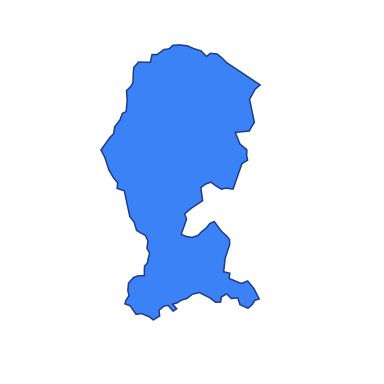 outline of Humaitá, Rio Grande do Sul, Brazil, rotated 297°
{"feature_id": "56859067B44026938864112", "entity_name": "Humaitá", "entity_type": "district", "adm_level": 2, "iso_a3": "BRA", "parent_name": "Brazil", "parent_adm1": "Rio Grande do Sul", "projection": "robinson", "projection_center": [-54.001, -27.586], "detail": "fine", "context": "isolated", "style": "filled", "palette": "blue", "viewbox_px": 384, "rotation_deg": 297, "n_neighbors": 0, "source": "geoboundaries", "source_scale": "gbopen_adm2", "svg_char_len": 1678}
<svg xmlns="http://www.w3.org/2000/svg" viewBox="0 0 384 384"><g transform="rotate(297 192 192)"><path d="M127.2,300.4L134.0,291.1L138.0,282.0L132.9,277.5L131.8,264.3L136.8,262.6L135.3,256.4L148.2,251.6L162.4,249.4L166.6,247.1L168.5,242.9L170.3,236.2L175.8,225.2L172.2,222.3L165.8,220.8L160.9,218.5L156.0,217.1L151.6,212.6L149.9,207.7L149.3,201.6L165.4,199.5L169.0,195.4L176.6,198.4L189.1,205.4L199.9,197.9L204.8,200.2L209.4,204.4L208.3,210.8L207.9,217.1L210.8,220.3L213.2,227.3L239.9,223.6L245.6,227.1L249.2,224.2L254.5,221.7L256.6,212.8L264.7,203.6L268.5,209.3L272.3,215.3L278.3,215.5L282.3,216.0L300.7,201.2L312.4,201.6L318.3,204.1L323.0,164.1L324.9,158.4L326.4,151.7L323.9,145.4L319.4,143.5L321.8,136.0L320.5,127.8L320.2,121.7L317.3,113.9L313.9,108.2L309.2,106.7L306.1,102.2L298.6,98.5L296.3,94.0L288.6,96.0L283.5,85.4L276.6,83.6L271.5,85.6L262.5,89.8L258.1,89.5L252.6,87.6L243.9,92.8L233.7,96.8L230.4,94.3L223.3,95.1L215.1,93.5L208.3,95.7L203.3,94.1L188.1,91.8L183.5,98.3L179.2,102.7L173.7,108.2L169.0,115.7L166.5,121.6L161.2,123.6L162.4,131.1L141.9,147.7L138.8,154.2L132.6,160.1L132.3,164.7L132.1,170.4L128.1,175.2L121.5,177.3L118.3,182.0L113.4,183.0L108.5,184.5L104.5,183.3L100.2,185.3L95.9,187.5L92.6,181.7L89.2,178.7L82.0,176.8L75.2,179.5L70.8,183.0L65.9,182.3L61.9,183.0L62.5,188.7L57.6,197.7L60.8,202.4L61.4,210.8L60.4,215.5L66.8,219.5L71.6,216.3L77.6,218.8L80.1,222.3L77.3,229.3L81.0,231.4L83.3,225.5L86.3,229.0L90.7,231.5L95.0,236.0L101.1,238.7L105.8,244.4L105.8,255.8L104.5,263.1L106.9,267.5L112.0,265.8L117.0,269.3L114.9,275.3L118.4,280.9L113.4,285.9L113.8,294.6L118.5,296.6L123.8,297.1L127.2,300.4Z" fill="#3b82f6" stroke="#1e3a8a" stroke-width="1.5"/></g></svg>